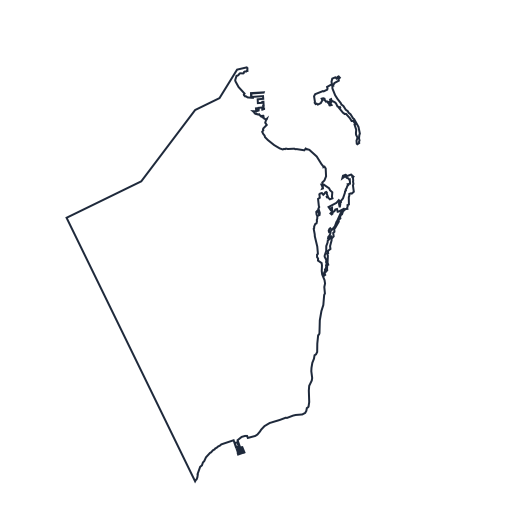 79, Madinat ach Shamal, Qatar (Mercator projection), rotated 64°
{"feature_id": "91078587B50341524344212", "entity_name": "79", "entity_type": "district", "adm_level": 2, "iso_a3": "QAT", "parent_name": "Qatar", "parent_adm1": "Madinat ach Shamal", "projection": "mercator", "projection_center": [51.268, 26.112], "detail": "fine", "context": "isolated", "style": "outline", "palette": "slate", "viewbox_px": 512, "rotation_deg": 64, "n_neighbors": 0, "source": "geoboundaries", "source_scale": "gbopen_adm2", "svg_char_len": 6133}
<svg xmlns="http://www.w3.org/2000/svg" viewBox="0 0 512 512"><g transform="rotate(64 256 256)"><path d="M431.8,409.5L431.0,408.4L430.7,407.3L429.3,405.8L426.9,404.1L426.5,404.2L421.0,398.6L420.5,396.4L418.3,394.2L417.7,392.5L415.0,389.2L412.8,383.6L412.8,382.5L411.7,379.8L411.7,378.1L411.1,377.0L411.1,375.3L410.6,373.7L410.6,371.4L410.1,369.8L411.8,356.9L419.3,357.9L419.4,357.3L419.0,357.2L418.8,357.5L414.7,357.0L415.2,354.8L415.7,354.5L419.6,355.0L419.6,355.7L421.2,355.9L421.4,358.0L423.0,358.2L423.0,356.3L424.0,356.4L423.9,358.3L425.1,358.4L425.0,356.1L426.2,356.2L425.5,358.9L426.6,359.1L427.2,353.8L427.5,353.4L427.5,352.5L421.8,352.1L421.7,352.4L426.4,353.2L426.3,354.8L413.5,353.3L412.3,348.2L412.9,344.8L413.8,342.9L415.9,343.1L417.4,335.6L417.1,333.0L415.5,329.4L414.3,327.4L412.6,322.9L412.1,316.8L413.8,306.3L414.4,300.1L415.1,299.2L415.7,292.6L416.3,290.0L418.7,283.9L418.6,280.6L417.2,278.6L415.0,277.0L414.7,275.3L414.4,274.8L410.6,272.2L400.1,267.5L396.0,265.1L392.4,260.5L390.3,259.0L383.8,256.8L380.9,255.2L376.7,252.2L373.7,248.9L370.9,246.9L370.7,245.2L369.1,243.1L361.6,239.3L354.5,234.9L354.2,233.8L353.2,232.8L341.7,226.8L334.1,221.3L329.6,217.0L320.9,211.8L319.9,210.5L313.8,208.2L311.0,206.0L307.8,205.0L301.6,204.6L298.3,203.5L293.5,200.9L291.1,200.1L287.3,202.3L285.5,201.3L283.8,201.6L281.5,200.5L281.2,199.4L274.4,196.8L264.1,194.5L262.2,193.7L256.8,192.2L256.4,191.5L255.0,190.8L253.2,188.7L253.2,187.3L251.4,185.9L250.3,185.6L249.2,184.5L247.0,183.4L245.4,183.4L242.8,182.5L242.2,181.0L245.2,180.6L247.0,181.5L247.0,180.9L245.2,179.8L240.7,179.1L239.7,177.7L238.6,177.6L231.9,175.2L231.6,173.1L228.3,172.0L228.0,170.9L228.3,169.2L230.5,168.7L230.2,167.6L229.2,165.9L229.2,164.8L230.0,164.5L231.1,165.1L234.4,165.4L233.8,165.9L233.8,166.5L234.4,166.5L234.9,165.6L237.4,164.8L237.7,162.0L236.1,161.8L232.2,159.5L229.4,160.6L227.2,160.6L221.7,163.7L221.6,165.0L224.6,166.2L224.5,167.0L223.7,166.0L220.6,165.9L221.2,164.8L219.0,164.2L218.1,161.4L215.1,158.1L207.9,155.0L205.7,155.3L205.7,156.4L205.2,156.2L202.0,156.9L193.2,157.8L184.0,161.5L182.4,163.2L182.5,163.5L181.2,164.2L182.2,166.2L177.8,172.5L177.2,173.9L176.3,174.6L173.8,180.5L172.6,182.0L172.7,183.0L172.0,183.9L172.0,185.2L169.7,187.5L164.4,191.0L157.0,194.5L153.1,195.8L151.6,195.5L149.4,196.0L147.1,196.0L146.2,194.3L145.2,194.2L144.5,193.4L142.9,188.9L140.3,189.3L138.0,187.2L137.9,186.5L137.4,186.0L137.7,187.1L136.1,188.4L135.7,188.3L134.6,189.1L133.6,187.9L133.1,188.0L132.6,189.4L133.1,190.0L132.7,190.4L129.9,191.1L129.9,192.1L128.3,193.2L128.5,193.7L127.2,194.7L126.4,194.5L124.5,195.3L126.0,192.5L126.4,189.9L126.0,189.7L125.2,192.0L123.3,191.3L124.1,189.1L125.3,189.5L125.4,189.3L124.0,188.6L125.2,185.4L127.2,186.2L127.3,185.9L126.9,185.7L127.4,184.3L127.0,184.1L126.7,184.7L124.1,183.7L124.3,183.2L122.7,182.6L122.5,183.1L122.5,182.5L120.6,181.7L120.2,182.7L121.1,183.1L119.4,187.3L115.9,185.8L117.9,180.6L115.4,179.6L111.7,188.8L112.5,189.4L111.8,190.6L107.9,189.0L112.5,177.5L112.3,177.3L107.4,189.1L111.6,191.0L109.8,194.0L108.0,195.1L107.8,195.8L106.2,196.3L105.6,196.2L105.0,195.1L96.5,197.6L90.1,197.9L88.8,197.6L85.5,194.5L85.8,193.6L85.7,192.5L85.0,191.2L84.8,190.2L86.3,187.5L86.3,187.0L85.4,186.1L85.3,185.1L85.9,183.9L85.6,183.2L85.9,182.6L83.5,181.5L82.9,180.8L83.1,181.5L82.4,181.7L80.2,191.3L98.1,219.6L98.1,246.7L138.6,326.4L138.6,409.5L431.8,409.5ZM227.3,133.7L224.5,134.8L224.0,139.8L222.9,139.5L222.3,139.8L222.0,142.6L224.0,144.3L223.4,140.9L225.6,140.1L226.7,139.0L228.4,138.7L228.4,138.2L232.2,139.8L231.7,142.1L232.8,142.1L233.1,143.2L234.7,144.8L235.5,146.2L236.6,146.5L236.9,147.6L238.3,148.5L242.4,152.6L243.8,155.7L244.9,156.0L245.4,157.3L246.5,157.6L249.0,159.4L245.4,158.5L243.2,156.8L242.1,157.1L243.5,160.4L243.8,169.3L247.6,168.7L247.6,168.2L246.0,168.2L246.0,166.5L249.6,168.2L250.4,170.4L251.8,169.8L251.5,168.7L250.4,168.7L250.1,165.9L249.0,164.3L249.3,162.6L252.0,163.2L252.3,162.1L252.1,156.5L252.6,156.5L254.5,161.0L260.0,167.6L260.6,168.7L263.9,172.1L265.8,176.5L263.6,177.1L263.9,178.2L265.2,179.6L266.4,179.8L266.4,178.2L268.0,179.0L269.9,181.0L270.5,182.6L271.3,183.2L271.3,179.9L271.9,179.9L273.8,184.9L275.2,185.7L277.9,188.5L282.3,190.7L285.6,194.0L286.7,194.6L290.6,194.6L292.2,195.7L295.0,196.0L295.0,197.1L296.1,197.4L298.0,198.8L298.3,199.9L299.4,200.2L301.6,202.9L302.7,203.5L303.5,203.2L303.3,202.1L301.6,202.1L300.0,198.2L298.9,197.9L295.5,196.0L295.5,194.9L293.3,194.6L287.3,191.3L285.1,191.0L285.1,189.9L284.0,189.6L282.9,188.8L282.3,186.0L279.6,185.1L275.2,181.3L273.5,180.4L272.4,177.6L269.1,176.5L268.6,174.9L265.8,173.7L265.5,172.6L261.4,166.5L259.8,166.0L259.2,163.7L258.1,163.5L256.5,162.1L256.2,160.4L254.0,158.2L253.4,156.0L252.9,155.4L253.7,153.2L252.6,152.9L251.5,151.8L250.4,151.5L250.4,149.9L243.8,146.8L242.7,145.7L241.1,144.9L241.3,143.2L241.9,142.6L241.1,139.9L235.0,137.9L233.9,136.8L231.7,136.2L231.1,135.7L228.4,134.6L227.3,134.8L227.3,133.7ZM139.1,113.9L136.9,113.0L136.9,111.9L135.7,111.9L135.5,110.3L134.9,109.7L134.7,104.7L133.0,104.2L132.5,102.5L130.8,103.0L130.8,104.2L131.6,104.7L131.9,105.8L130.2,106.4L130.0,109.7L132.4,111.7L134.9,112.5L135.2,118.0L136.8,118.3L137.7,119.1L137.7,123.0L137.1,123.6L136.5,131.9L137.9,133.8L143.4,135.5L144.0,136.1L145.6,135.8L145.6,134.7L147.0,134.1L147.0,130.8L145.1,128.0L143.4,128.0L143.7,126.4L144.6,125.5L145.1,125.5L145.7,126.1L146.2,126.1L146.8,125.5L147.9,125.5L148.4,124.2L149.5,124.2L149.5,121.9L150.4,122.1L150.6,123.6L152.8,123.9L153.1,123.6L153.4,121.9L151.2,122.2L150.6,120.8L150.1,121.1L147.9,120.8L147.9,119.7L149.5,120.0L152.3,117.8L153.9,117.2L157.3,117.2L157.8,116.7L158.9,116.4L158.9,115.3L159.5,115.3L159.5,116.4L165.5,115.0L166.1,114.5L167.2,114.2L167.7,112.8L173.3,111.2L176.6,110.9L177.1,109.5L181.0,108.7L181.0,109.8L186.5,110.6L189.3,112.3L190.9,112.9L194.2,112.9L196.4,115.1L199.2,116.2L200.0,115.9L199.7,113.7L198.6,113.4L197.5,112.3L195.3,111.8L192.6,110.1L191.5,109.0L184.9,107.3L176.0,107.8L174.9,108.4L170.0,108.9L167.8,110.0L166.1,110.0L163.9,111.2L159.5,111.7L157.3,112.8L155.6,112.8L150.6,113.9L146.2,114.4L139.1,113.9Z" fill="none" stroke="#1e293b" stroke-width="2"/></g></svg>